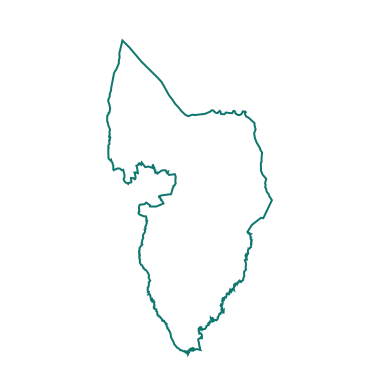 Moshi, Kilimanjaro, United Republic of Tanzania, rotated 352°
{"feature_id": "72390352B4446234130359", "entity_name": "Moshi", "entity_type": "district", "adm_level": 2, "iso_a3": "TZA", "parent_name": "United Republic of Tanzania", "parent_adm1": "Kilimanjaro", "projection": "equal_earth", "projection_center": [37.376, -3.37], "detail": "fine", "context": "isolated", "style": "outline", "palette": "teal", "viewbox_px": 384, "rotation_deg": 352, "n_neighbors": 0, "source": "geoboundaries", "source_scale": "gbopen_adm2", "svg_char_len": 6144}
<svg xmlns="http://www.w3.org/2000/svg" viewBox="0 0 384 384"><g transform="rotate(352 192 192)"><path d="M136.9,269.9L138.3,274.1L136.6,275.3L136.7,276.2L136.0,278.9L135.5,280.3L134.9,280.5L134.4,283.5L135.3,284.6L134.4,285.2L135.4,286.5L134.7,287.3L135.6,287.3L136.1,288.0L136.3,289.0L136.4,293.3L137.1,293.8L137.2,292.2L137.5,292.1L137.8,294.3L138.7,294.1L138.6,294.7L137.8,295.2L139.4,295.8L138.9,297.6L139.1,299.0L138.5,299.7L138.8,300.5L138.1,300.8L138.0,301.3L138.6,302.6L140.4,303.3L140.0,305.2L140.9,306.0L140.6,307.9L140.8,309.1L141.6,309.3L141.6,310.4L143.1,311.2L143.2,312.1L144.9,314.1L144.5,315.2L145.0,315.6L146.4,315.7L146.8,317.2L147.6,317.6L147.6,319.0L148.5,319.1L148.2,321.5L149.0,322.8L148.6,323.8L149.8,325.0L150.0,326.3L150.6,327.3L151.1,329.9L151.0,332.7L153.0,338.5L153.3,340.4L155.7,344.1L157.8,345.9L158.4,347.1L159.7,347.3L161.3,348.6L162.0,348.5L164.5,351.0L164.1,349.3L164.9,349.8L165.2,349.3L165.9,350.3L165.7,351.7L167.0,350.1L167.2,347.9L169.3,346.8L170.1,347.1L171.1,346.6L171.8,347.2L170.8,347.9L168.4,348.1L168.4,348.6L170.7,349.3L174.8,348.1L178.4,349.6L178.1,348.1L178.3,347.3L177.7,345.9L178.0,345.0L177.7,343.2L178.0,342.4L177.5,340.3L177.8,338.5L179.7,337.9L181.5,338.2L181.6,337.5L180.6,337.0L181.8,336.0L181.9,334.9L180.9,333.1L178.6,333.4L179.8,332.7L179.7,331.3L179.3,331.0L179.5,328.5L180.6,327.5L180.9,328.2L181.5,327.7L181.5,328.9L181.9,328.6L181.7,329.3L182.3,329.8L182.5,328.2L183.3,329.6L185.9,329.4L187.3,327.8L187.7,326.6L189.8,326.1L189.6,323.7L190.7,325.7L190.7,323.7L191.1,323.4L191.1,324.3L191.4,324.1L191.7,322.7L194.5,323.2L195.1,323.8L192.9,320.1L193.0,319.5L193.4,320.3L193.5,320.1L193.2,319.2L193.6,319.6L194.8,319.5L196.2,322.4L197.4,322.0L198.6,322.4L200.1,320.9L199.9,319.7L200.7,319.2L202.2,316.5L203.1,316.6L203.1,316.0L203.9,315.3L206.5,315.8L206.9,313.5L206.1,314.2L205.9,313.1L205.4,314.1L204.6,312.6L205.8,310.8L205.2,309.4L204.7,309.2L204.6,308.3L205.1,307.5L205.8,308.5L206.2,308.1L207.1,305.6L206.6,304.2L206.9,303.7L207.4,304.2L207.6,303.9L207.2,302.7L207.5,301.7L208.0,301.3L208.9,302.5L209.1,301.5L209.9,300.8L210.8,301.3L211.8,299.6L212.2,297.5L213.6,297.4L214.0,298.3L214.6,298.4L215.3,295.9L216.3,296.4L216.0,294.9L216.3,293.9L216.7,294.3L216.8,295.1L217.5,295.6L218.5,293.6L219.9,294.9L219.7,293.3L220.3,292.6L220.7,290.4L221.3,291.2L221.7,290.9L221.7,289.5L222.3,289.4L222.3,288.7L223.8,288.6L224.0,289.4L224.6,288.5L225.0,288.4L225.1,287.7L226.8,286.3L227.1,286.6L227.0,287.6L228.0,288.0L229.7,286.5L230.3,286.4L231.0,284.2L232.1,282.5L232.2,279.9L232.7,277.9L234.8,276.3L234.5,274.9L235.5,270.5L234.9,266.8L236.8,266.7L237.0,265.8L236.3,264.8L237.1,263.6L236.7,263.2L236.3,263.5L236.1,262.6L236.7,262.3L236.8,261.4L237.8,261.8L238.0,261.1L238.5,261.3L239.1,260.8L239.1,260.2L238.8,260.1L239.4,257.2L240.2,256.5L240.2,255.9L240.7,256.1L242.8,254.7L242.7,254.0L243.7,251.6L243.5,251.0L243.7,250.4L243.2,250.8L243.2,250.4L244.2,248.7L243.9,248.2L244.2,247.5L243.7,247.4L243.5,246.7L243.6,245.8L244.2,245.2L243.6,244.3L243.8,242.3L244.3,241.9L243.1,241.7L243.1,240.7L242.2,240.7L242.1,239.7L241.5,239.8L241.3,239.3L246.7,232.9L256.5,227.3L257.1,227.2L259.0,227.8L270.0,211.2L267.9,206.7L267.5,204.6L266.1,202.3L265.7,198.8L265.1,197.6L265.8,195.6L265.6,193.5L267.3,189.3L264.2,184.4L263.3,180.6L264.2,173.0L265.3,171.2L265.5,168.5L266.9,162.7L265.5,159.6L265.4,157.9L262.9,152.1L261.8,147.4L261.7,142.5L263.7,138.8L263.2,135.0L263.5,132.5L258.5,126.4L256.0,124.6L255.2,121.3L255.3,120.8L256.3,120.5L256.2,119.9L253.6,119.2L252.0,121.5L249.9,122.5L248.1,122.0L246.0,120.3L245.8,118.3L245.0,117.6L244.3,117.5L242.9,119.5L241.1,119.3L236.7,118.0L234.9,119.5L232.9,119.2L231.5,118.7L231.4,116.4L230.6,115.5L228.5,117.3L227.6,117.3L226.2,116.6L224.5,114.3L223.1,113.8L220.8,115.1L215.8,116.4L205.6,116.2L203.1,115.5L198.8,116.4L196.1,114.6L192.6,110.2L191.1,107.4L187.7,102.5L185.3,97.5L182.7,93.0L177.3,79.0L174.1,74.3L160.3,56.2L149.9,39.8L144.2,32.3L139.3,44.6L139.0,49.0L138.0,51.0L137.4,54.6L133.8,60.6L132.5,61.6L131.3,63.6L126.7,77.0L125.7,80.7L124.1,83.6L123.9,85.7L121.8,89.4L121.8,91.6L122.2,92.7L122.6,97.7L121.3,101.8L120.4,101.9L120.2,103.3L119.1,104.1L118.6,105.3L117.8,110.4L118.2,111.1L118.5,115.0L119.5,118.4L119.4,119.4L118.7,120.7L118.4,123.7L117.6,125.5L117.6,125.9L118.4,125.7L118.7,126.7L117.5,129.7L117.1,129.5L116.9,133.0L115.8,134.1L115.4,135.4L115.7,136.6L115.2,136.9L114.0,146.7L114.4,147.9L115.7,149.4L116.4,148.9L116.6,150.8L117.4,152.1L117.3,153.4L117.8,154.9L117.2,158.5L117.5,159.5L121.5,158.3L123.8,158.7L125.6,160.7L127.0,160.5L127.5,166.3L127.0,168.5L126.2,169.5L126.2,171.0L127.7,173.5L128.9,174.0L129.9,175.1L130.5,174.2L133.1,174.0L133.5,173.2L133.3,171.4L133.5,169.6L135.9,170.1L136.9,171.4L137.5,171.3L138.2,169.9L138.1,166.4L137.7,164.7L139.0,164.8L141.0,165.8L141.0,160.3L140.6,158.2L142.9,157.7L143.1,156.5L143.7,156.2L144.4,156.5L145.4,157.9L146.3,155.8L149.2,160.9L152.3,160.7L156.3,162.7L156.5,161.1L156.9,160.0L157.3,160.0L157.5,161.9L158.1,162.6L158.0,164.9L158.7,165.3L158.2,166.5L158.5,168.0L160.0,167.7L160.3,168.9L165.0,166.5L168.4,166.7L169.3,167.1L169.6,169.1L171.1,168.6L170.4,170.2L171.6,171.9L177.5,172.0L178.0,174.6L177.0,178.8L177.0,181.3L175.6,183.0L174.3,183.6L174.4,184.3L173.2,186.1L171.0,191.2L161.3,191.1L159.2,191.5L158.6,192.0L158.8,192.9L159.8,193.2L160.0,195.3L160.6,195.5L160.4,196.0L161.4,197.1L162.2,199.4L154.7,201.4L149.6,200.7L148.4,200.4L148.6,199.3L145.1,196.1L143.2,197.5L138.5,197.3L137.3,199.7L137.2,202.6L136.9,203.3L137.2,204.1L136.1,205.1L136.1,205.7L136.9,207.0L141.0,209.4L143.0,209.7L143.3,211.9L142.9,212.6L143.6,214.1L142.7,214.5L143.1,216.2L142.2,217.5L142.0,218.5L140.7,220.2L141.0,221.9L139.8,222.5L140.1,224.0L139.8,225.1L137.5,227.8L137.3,230.9L136.1,232.5L135.8,233.9L134.9,235.7L135.6,236.9L134.9,237.8L134.0,238.1L132.1,240.5L132.1,242.2L131.3,243.1L131.1,244.1L131.6,244.6L131.1,246.2L131.5,246.5L131.0,247.2L131.5,247.9L130.6,249.1L131.0,250.4L130.6,251.1L131.1,251.9L130.5,254.5L131.4,257.0L132.2,257.5L133.2,259.8L133.2,260.5L133.8,260.9L134.2,262.1L135.7,263.1L137.1,265.9L137.9,268.8L137.1,270.1L136.9,269.9Z" fill="none" stroke="#0f766e" stroke-width="2"/></g></svg>